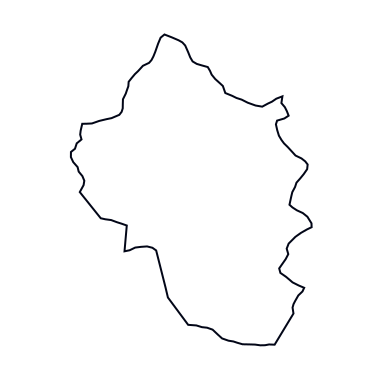 Sales Oliveira, São Paulo, Brazil (Robinson projection), rotated 265°
{"feature_id": "56859067B84294219247237", "entity_name": "Sales Oliveira", "entity_type": "district", "adm_level": 2, "iso_a3": "BRA", "parent_name": "Brazil", "parent_adm1": "São Paulo", "projection": "robinson", "projection_center": [-47.84, -20.825], "detail": "fine", "context": "isolated", "style": "outline", "palette": "ink", "viewbox_px": 384, "rotation_deg": 265, "n_neighbors": 0, "source": "geoboundaries", "source_scale": "gbopen_adm2", "svg_char_len": 1919}
<svg xmlns="http://www.w3.org/2000/svg" viewBox="0 0 384 384"><g transform="rotate(265 192 192)"><path d="M351.3,178.3L348.5,174.2L342.8,171.2L334.8,167.6L330.3,165.3L326.9,163.1L324.4,160.5L322.0,154.1L317.1,148.8L314.4,145.4L310.8,141.8L307.3,138.5L302.9,137.8L299.2,136.1L295.8,134.6L290.4,131.3L285.3,130.7L281.4,130.3L278.0,128.9L275.2,126.3L272.6,118.3L272.0,113.2L270.9,105.8L269.0,98.3L269.2,93.0L269.5,88.6L262.7,86.4L258.9,85.6L254.0,86.5L250.5,81.4L245.3,79.2L242.4,74.9L237.3,74.4L232.1,76.3L226.8,80.2L222.2,80.9L217.4,84.2L212.6,85.7L208.3,84.6L201.7,80.2L173.8,98.8L172.4,103.2L171.1,109.0L168.4,114.7L166.7,118.8L164.3,124.1L138.8,119.6L139.4,124.8L141.6,130.6L141.8,136.5L141.7,142.5L139.9,147.7L136.9,151.2L99.3,157.3L89.0,158.8L60.0,176.6L58.7,184.7L56.5,190.1L55.5,195.2L53.1,200.5L47.5,205.5L43.5,209.2L40.7,215.4L39.5,220.2L37.9,223.9L35.9,229.1L35.2,235.6L34.5,241.5L33.3,246.8L33.0,251.4L33.4,255.5L32.7,261.0L62.1,282.5L68.1,282.1L71.5,283.4L74.5,285.3L79.7,288.9L83.3,293.4L86.8,295.4L89.6,290.1L93.2,284.3L99.2,278.4L103.7,273.0L108.3,272.2L117.0,279.5L121.7,282.5L127.3,281.4L132.2,283.8L138.4,291.2L141.8,297.0L144.7,303.3L146.5,308.1L150.4,308.3L157.3,304.8L161.4,300.5L164.6,294.9L167.9,290.7L170.8,288.0L175.7,289.5L179.2,290.6L183.1,291.9L188.0,295.1L192.2,296.9L196.1,301.0L200.0,304.8L204.7,308.7L209.3,309.6L212.6,307.5L215.9,304.0L219.3,298.3L223.5,295.1L228.3,291.4L232.4,287.9L235.8,285.8L240.5,283.5L246.1,282.3L252.1,281.5L255.7,283.0L257.2,290.4L259.6,294.9L264.1,293.6L268.4,291.9L272.8,288.8L279.4,290.4L277.6,284.1L275.0,279.5L273.5,275.4L270.9,269.4L272.6,262.9L276.1,255.3L279.7,249.5L281.8,244.5L284.3,240.4L287.7,233.8L294.9,232.0L298.1,229.1L302.5,225.0L307.2,221.8L311.1,220.5L315.1,218.6L317.3,212.7L319.2,207.9L322.0,204.0L326.2,202.0L331.8,200.3L338.5,198.0L341.9,195.4L344.3,191.9L347.9,185.2L351.3,178.3Z" fill="none" stroke="#020617" stroke-width="2"/></g></svg>